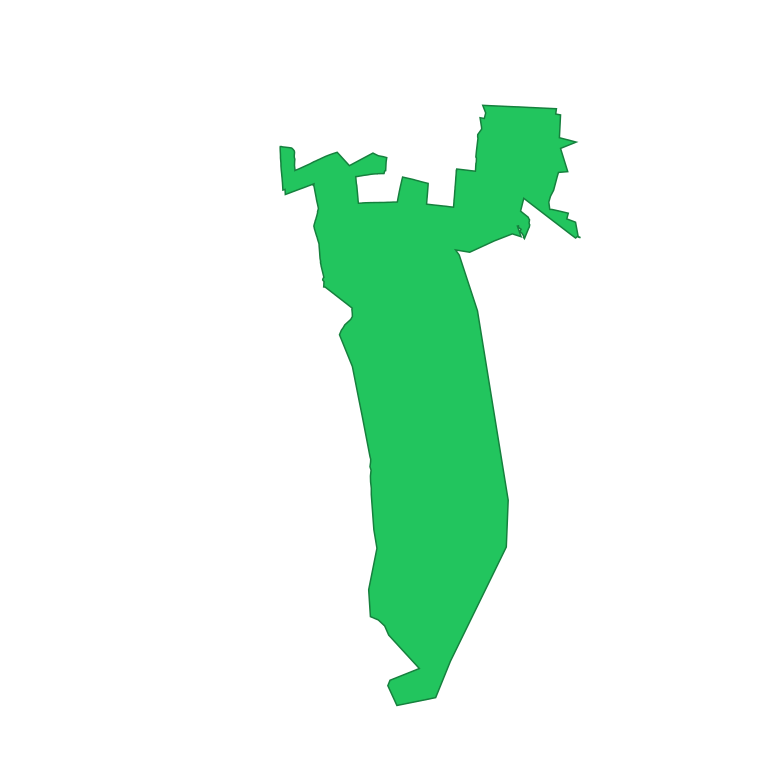 the district of San Pablo Etla, Oaxaca, Mexico, rotated 104°
{"feature_id": "50627088B64488594618490", "entity_name": "San Pablo Etla", "entity_type": "district", "adm_level": 2, "iso_a3": "MEX", "parent_name": "Mexico", "parent_adm1": "Oaxaca", "projection": "natural_earth1", "projection_center": [-96.767, 17.155], "detail": "fine", "context": "isolated", "style": "filled", "palette": "green", "viewbox_px": 768, "rotation_deg": 104, "n_neighbors": 0, "source": "geoboundaries", "source_scale": "gbopen_adm2", "svg_char_len": 5217}
<svg xmlns="http://www.w3.org/2000/svg" viewBox="0 0 768 768"><g transform="rotate(104 384 384)"><path d="M89.7,355.6L96.4,350.9L102.1,350.9L102.4,355.2L110.0,352.0L110.3,351.8L110.5,351.8L110.9,351.6L113.0,350.9L119.3,353.4L121.6,352.9L122.7,352.3L135.4,350.7L141.5,349.8L141.5,349.7L141.8,349.3L142.0,349.2L142.4,349.0L142.5,349.0L143.9,348.6L144.2,348.6L146.1,348.2L147.2,348.1L147.5,348.2L149.8,347.8L150.5,347.7L151.9,347.4L153.4,347.1L155.4,346.8L156.0,351.2L156.4,354.6L156.9,358.5L157.6,363.9L157.8,365.4L159.3,365.2L159.3,365.5L162.2,364.9L164.6,364.5L166.0,364.3L168.7,363.8L173.9,362.9L175.6,362.7L176.9,362.4L178.7,362.1L179.1,362.1L183.5,361.3L185.9,360.9L189.4,360.4L189.6,360.3L195.6,359.3L196.1,362.7L196.5,366.5L197.1,370.5L197.6,374.4L198.2,378.5L198.7,382.4L199.2,386.2L196.8,386.6L193.3,387.2L193.1,387.2L187.0,388.2L180.6,389.3L178.7,389.7L178.7,391.9L178.7,393.7L178.7,395.7L178.7,397.9L178.6,399.0L178.6,400.6L178.6,402.4L178.5,404.5L178.5,406.1L178.6,410.5L178.7,416.0L181.8,416.0L186.9,415.9L187.8,415.9L193.6,415.7L201.1,415.3L204.1,415.1L204.2,415.4L204.5,416.0L205.1,418.5L205.6,420.2L205.8,420.7L206.3,422.5L206.6,423.7L207.8,427.7L208.3,429.7L208.5,430.5L208.8,431.6L209.2,433.1L209.3,433.4L209.6,434.7L211.1,440.3L211.2,440.7L211.2,440.8L211.7,442.4L212.1,443.9L212.2,444.2L212.5,445.4L213.3,447.9L213.3,448.1L214.0,449.8L214.8,452.5L213.2,453.2L211.8,453.7L210.8,454.0L204.7,456.1L202.5,456.9L200.1,457.7L197.9,458.5L196.0,459.4L189.6,461.6L189.4,461.0L189.3,460.5L188.5,458.7L188.2,458.1L187.4,456.2L186.8,454.9L186.2,453.5L185.7,452.1L185.1,450.6L184.7,449.7L184.1,448.4L183.4,446.7L182.5,444.1L182.4,443.9L181.6,441.0L181.4,440.8L180.9,439.0L179.8,434.9L178.4,434.9L178.2,434.9L177.5,434.9L177.1,434.8L176.6,434.0L167.9,435.7L163.7,436.1L163.6,439.7L163.9,444.7L163.5,446.6L162.6,450.6L172.8,461.9L180.5,470.4L174.8,479.0L172.4,482.6L171.1,484.6L170.5,485.5L171.2,486.6L173.0,489.5L174.5,491.8L176.1,494.1L177.4,495.9L177.9,496.5L180.3,499.5L181.5,500.9L182.6,502.4L183.4,503.3L183.7,503.7L183.9,503.9L185.3,505.8L188.3,509.1L196.4,519.3L198.3,522.0L198.2,522.0L194.5,523.4L193.7,523.7L189.9,524.5L187.4,524.9L186.1,525.7L185.3,526.0L184.2,526.3L181.0,526.8L179.6,527.4L178.5,528.7L177.4,530.6L177.4,531.1L177.6,533.3L178.0,536.4L178.5,540.1L178.4,540.9L178.6,541.6L178.7,542.1L179.0,542.1L179.5,542.0L180.3,541.8L182.8,541.1L184.1,540.7L185.7,540.2L187.8,539.6L189.8,539.1L193.0,538.0L194.8,537.4L197.5,536.7L198.4,536.4L201.4,535.4L204.4,534.3L207.3,533.3L207.5,533.2L210.1,532.3L211.9,531.7L213.0,531.3L218.1,529.7L220.3,529.0L219.1,527.1L224.0,525.6L222.8,523.8L221.3,521.6L219.2,518.6L218.8,518.0L217.9,516.7L216.8,515.1L214.8,512.2L213.2,509.8L211.4,507.2L210.2,505.5L206.7,500.4L207.6,500.3L208.2,500.8L208.3,500.8L208.9,499.8L210.9,498.9L213.1,497.9L218.3,495.5L220.2,494.6L220.5,494.5L220.8,494.4L222.5,493.6L224.5,492.6L225.0,492.3L227.1,491.3L227.6,491.0L227.9,490.9L228.9,490.4L229.7,490.1L229.8,490.1L230.3,490.1L232.8,490.2L233.1,490.1L233.8,489.9L235.3,489.9L235.8,489.9L237.2,489.9L238.7,490.0L239.6,490.0L240.6,490.0L241.1,490.0L241.5,490.2L242.7,490.2L244.3,490.2L245.6,490.3L247.2,490.3L248.2,490.1L248.7,489.8L248.9,489.6L249.0,489.5L249.3,489.5L249.9,489.2L250.0,489.2L250.3,489.0L250.6,488.9L251.1,488.5L252.0,488.0L254.9,486.3L256.7,485.2L256.8,485.1L257.2,484.9L257.5,484.6L259.9,483.3L263.3,481.2L263.9,480.9L266.2,480.2L272.2,478.2L274.7,477.4L277.7,476.4L280.5,475.1L280.8,475.2L281.4,475.0L281.7,474.9L281.9,474.8L282.0,474.8L282.1,474.7L282.4,474.6L282.6,474.5L283.8,473.9L284.9,473.5L285.0,473.4L295.1,468.1L295.6,468.4L296.1,468.6L296.8,468.7L297.3,468.7L297.8,468.7L298.2,468.3L298.5,467.9L298.8,467.4L299.0,467.0L300.8,466.7L302.5,466.3L304.4,466.0L304.3,465.5L304.3,464.9L304.2,464.5L317.0,435.6L318.1,433.2L319.4,433.2L323.0,431.9L326.2,431.0L329.4,431.9L332.7,434.1L336.0,436.3L339.4,437.3L342.2,438.4L347.0,439.1L374.7,418.9L405.6,404.4L421.0,397.1L457.9,380.0L460.2,378.7L463.0,378.1L467.6,377.6L470.8,375.7L476.6,374.9L482.3,373.3L488.2,371.1L494.3,369.6L527.8,358.6L545.1,351.1L587.3,349.1L613.0,340.9L614.3,332.5L618.6,324.8L626.5,318.7L637.9,301.5L651.5,280.9L670.0,306.5L675.8,307.3L692.8,293.7L676.0,258.4L675.8,258.0L637.0,252.5L512.6,225.9L466.7,235.4L290.4,311.0L270.8,323.3L240.7,342.2L236.6,347.0L235.4,332.7L218.4,311.5L207.3,295.8L207.9,286.6L198.5,292.8L198.0,291.8L199.5,291.3L200.7,288.3L202.4,288.9L203.4,288.7L204.1,287.0L206.7,284.2L207.9,284.2L209.0,282.9L197.9,281.3L196.7,281.0L194.3,281.1L193.7,281.7L192.2,282.3L190.4,282.4L189.3,282.6L188.7,283.4L187.3,284.4L183.2,293.3L170.0,293.3L182.2,265.4L189.1,249.5L193.6,239.2L194.4,237.3L194.9,236.1L195.8,234.0L196.0,233.4L195.0,232.7L194.0,232.0L193.6,231.8L194.4,231.0L194.5,230.3L194.5,229.8L194.5,229.3L194.4,228.8L193.9,231.3L180.7,237.3L180.5,238.6L179.6,246.6L173.7,246.5L173.8,256.0L174.0,263.4L174.5,265.4L167.6,268.1L161.8,267.9L160.8,267.7L155.0,266.3L141.1,266.1L136.5,265.9L133.5,257.1L112.7,269.7L102.8,256.1L102.6,273.4L80.2,277.8L80.5,282.7L75.2,283.3L79.4,304.3L79.6,305.4L80.7,310.7L80.8,311.3L82.6,320.5L83.3,323.7L85.3,333.6L85.8,336.1L85.9,336.6L86.0,337.1L88.5,349.4L89.2,353.0L89.7,355.6Z" fill="#22c55e" stroke="#15803d" stroke-width="1.5"/></g></svg>